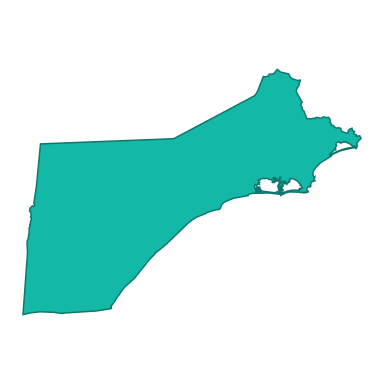 outline of Sveitarfélagið Hornafjörðu, Austurland, Iceland
{"feature_id": "244011B97448762640394", "entity_name": "Sveitarfélagið Hornafjörðu", "entity_type": "district", "adm_level": 2, "iso_a3": "ISL", "parent_name": "Iceland", "parent_adm1": "Austurland", "projection": "albers", "projection_center": [-15.406, 64.234], "detail": "fine", "context": "isolated", "style": "filled", "palette": "teal", "viewbox_px": 384, "rotation_deg": 0, "n_neighbors": 0, "source": "geoboundaries", "source_scale": "gbopen_adm2", "svg_char_len": 6061}
<svg xmlns="http://www.w3.org/2000/svg" viewBox="0 0 384 384"><path d="M40.5,143.9L36.4,186.4L33.8,203.5L34.5,204.7L34.6,205.7L33.9,206.4L32.3,205.8L30.9,207.7L30.1,208.0L30.2,208.4L29.8,208.9L29.9,209.8L29.4,210.8L30.6,211.9L30.5,212.3L31.2,214.0L31.2,215.2L30.5,216.9L31.2,217.5L31.4,219.4L30.4,221.4L30.6,222.4L30.2,223.4L30.1,224.3L29.6,224.8L30.1,226.3L29.3,227.5L29.5,227.7L29.1,228.5L29.2,232.7L28.8,233.6L28.9,234.2L28.6,234.9L28.3,238.2L27.2,240.9L27.0,242.6L27.5,252.9L23.0,314.6L31.6,312.7L40.4,311.8L53.6,312.3L62.1,313.5L66.0,312.9L96.0,311.0L110.8,308.7L111.1,308.0L111.4,308.1L111.3,307.2L110.9,307.1L111.1,306.2L114.9,301.2L116.9,297.6L119.7,293.9L122.4,289.9L124.8,287.0L134.6,278.1L149.3,259.7L154.2,254.7L155.2,253.2L164.7,245.6L165.7,244.3L166.4,244.1L188.4,222.9L192.1,220.0L196.5,217.2L206.4,213.2L206.9,212.5L214.9,210.1L219.6,209.3L220.2,208.6L221.6,204.9L223.3,202.9L225.7,201.5L233.7,198.2L248.1,195.6L248.0,195.0L249.5,193.9L253.7,193.3L268.5,193.0L279.5,194.2L280.9,194.9L280.9,195.3L281.8,194.8L280.7,194.7L279.0,193.3L278.2,192.1L277.2,191.6L276.3,192.3L274.6,192.7L264.0,191.4L263.3,191.7L262.9,191.6L263.3,191.5L263.1,191.3L261.5,190.8L261.0,190.0L260.0,191.0L260.5,191.8L259.1,191.7L259.0,191.1L258.5,190.9L257.4,191.2L257.2,191.5L257.3,192.1L256.1,192.1L254.4,186.1L255.4,185.1L255.0,184.8L255.2,184.4L256.6,185.8L257.1,184.7L258.1,184.3L257.7,184.1L257.8,183.7L258.5,183.1L258.7,183.9L259.3,184.2L259.0,183.3L259.6,182.8L258.8,182.4L259.1,181.3L258.3,180.7L258.5,180.6L258.4,180.2L259.5,180.7L260.8,178.7L267.9,178.4L268.7,179.4L271.6,179.7L272.4,181.0L272.2,182.3L272.9,182.7L274.0,182.3L274.5,181.7L274.6,181.0L273.0,178.0L274.1,177.8L275.1,178.8L275.0,179.5L275.3,179.6L275.7,179.2L275.4,177.6L275.7,177.7L276.0,178.3L276.1,179.4L275.4,180.8L275.5,181.2L275.4,181.6L276.6,180.6L276.9,181.1L277.5,180.9L277.3,180.4L277.5,180.0L278.6,179.5L280.1,177.7L279.9,177.3L280.6,177.2L279.4,179.1L279.9,179.3L279.0,179.6L278.4,180.6L279.1,181.3L279.8,181.3L279.1,181.8L279.3,182.2L279.9,182.3L279.0,183.1L279.2,184.0L278.5,184.7L279.4,185.2L277.8,186.0L277.9,186.4L278.2,186.2L278.5,186.7L278.1,187.2L278.5,188.1L278.4,189.5L279.2,189.6L279.0,190.8L278.8,191.2L279.0,191.3L278.8,192.0L281.2,190.3L279.5,189.9L280.1,189.5L281.2,189.9L281.3,189.6L281.0,189.3L281.2,188.8L280.9,188.8L281.2,188.1L280.7,188.4L279.8,187.9L280.2,187.6L280.0,187.2L280.3,186.8L280.7,187.1L280.9,186.6L281.4,187.1L281.0,187.7L281.4,187.8L282.2,187.0L281.7,186.5L281.8,186.2L282.4,186.0L282.6,186.6L283.1,186.0L282.8,185.6L282.9,185.3L282.7,184.9L283.0,184.8L281.9,184.3L282.0,183.5L280.1,183.0L280.8,182.0L281.9,181.3L282.1,181.4L281.9,181.7L282.6,181.8L282.9,182.1L282.8,182.4L283.3,182.5L284.2,181.1L284.9,180.9L285.0,181.3L284.4,181.7L284.1,182.8L285.1,182.3L285.0,182.7L285.2,183.0L284.9,183.3L285.9,183.3L286.1,183.9L286.3,183.4L287.0,183.2L287.2,182.4L287.4,183.3L287.0,183.9L287.2,184.0L288.2,182.5L288.9,182.3L289.1,181.7L289.5,181.9L289.6,181.4L289.2,181.0L289.8,180.3L289.5,180.3L289.8,179.8L289.6,179.2L290.0,178.5L293.6,178.9L297.2,180.9L299.0,182.6L299.1,183.3L300.1,184.3L300.3,184.8L300.2,185.1L300.6,185.1L302.4,188.0L301.8,188.5L301.1,188.4L301.1,189.0L300.6,189.4L300.2,188.6L299.6,188.4L299.0,189.3L299.6,190.0L299.4,190.4L293.4,190.1L291.9,190.5L291.1,190.2L290.9,190.6L287.7,191.0L285.0,192.1L283.0,192.1L281.2,193.4L280.9,193.8L281.1,194.1L282.6,193.1L283.7,193.3L284.0,193.9L285.0,193.1L289.9,191.9L300.0,192.2L300.8,192.7L302.3,192.2L303.3,192.9L303.9,192.4L304.9,192.8L305.0,192.4L304.8,192.2L305.1,192.1L305.7,192.6L307.9,192.2L308.3,191.2L306.9,190.6L306.7,190.1L306.9,188.9L307.4,187.6L309.1,186.1L310.1,186.1L310.2,186.3L310.1,186.9L310.5,186.7L310.8,186.2L310.6,184.4L310.9,184.0L310.8,183.3L311.3,182.1L312.5,181.3L313.1,181.6L313.4,181.1L315.0,180.8L313.8,178.8L314.6,177.3L314.9,177.4L314.9,176.6L314.4,177.1L313.5,176.5L312.9,173.8L313.2,171.9L314.1,169.8L316.2,167.1L320.6,162.7L329.4,157.2L329.9,156.7L329.6,156.1L330.8,155.1L330.7,154.4L329.9,154.1L330.1,153.8L330.9,153.6L331.1,152.8L333.2,151.2L334.0,149.9L335.7,149.9L335.7,148.9L335.2,148.1L335.6,147.1L336.3,146.4L336.3,145.8L336.6,145.4L336.5,144.9L335.9,144.6L336.3,142.7L338.5,141.6L338.9,141.7L339.4,142.5L340.4,142.6L340.8,143.1L343.2,142.1L344.8,142.2L345.7,141.6L346.8,142.6L349.7,143.7L352.2,145.9L354.1,146.2L355.0,147.1L348.4,147.9L342.4,149.5L336.2,151.9L331.9,154.1L330.4,156.5L330.3,157.1L331.7,155.2L333.8,153.7L341.3,150.5L352.8,147.9L355.4,147.6L355.7,148.5L356.2,148.5L357.4,145.7L357.1,145.5L357.1,144.5L356.7,144.0L356.9,143.5L358.5,140.8L360.8,138.9L360.7,138.6L361.0,137.9L359.7,136.3L359.7,135.8L356.4,136.2L356.1,134.7L353.9,133.8L353.7,133.3L353.8,132.7L354.6,131.7L352.5,130.5L352.0,128.2L349.2,129.4L348.1,131.1L348.0,133.0L345.9,133.0L342.0,131.4L341.4,130.8L340.7,128.3L338.7,127.7L336.3,128.1L334.0,126.8L333.8,125.7L331.0,124.9L331.2,124.0L330.9,123.0L329.9,122.3L330.3,120.7L330.1,119.4L328.6,117.4L326.0,117.6L323.5,116.8L321.1,118.4L316.5,117.3L315.5,117.8L315.2,118.7L313.3,118.2L311.4,118.9L309.8,118.6L307.2,118.9L306.6,118.5L306.6,117.5L306.1,116.9L305.8,115.3L304.9,114.2L304.3,111.6L302.2,109.4L302.4,108.0L301.1,105.8L301.1,103.4L302.2,102.4L296.3,91.8L296.3,90.4L297.0,88.4L299.0,85.3L299.5,82.6L300.0,81.7L300.2,80.1L297.6,80.5L292.9,79.0L290.3,77.2L288.6,73.9L280.7,72.1L277.2,69.4L273.6,73.9L269.1,74.2L268.8,75.5L268.5,75.9L265.3,76.9L263.3,76.5L257.5,91.5L254.8,95.6L173.8,138.7L40.5,143.9ZM259.2,190.4L260.0,190.0L260.4,189.0L259.9,188.1L259.0,188.7L258.3,190.0L259.2,190.4ZM258.5,188.4L259.5,188.0L259.8,187.3L259.2,186.9L258.3,187.5L258.5,188.4ZM257.2,190.2L257.5,189.6L257.5,189.0L256.8,188.4L256.1,188.7L256.2,189.2L257.2,190.2ZM281.6,192.3L279.9,191.8L280.1,192.2L279.6,192.4L280.4,193.0L281.6,192.3ZM283.1,189.6L282.0,188.8L282.0,189.3L281.6,189.4L281.8,189.7L281.6,189.9L281.6,190.0L282.2,189.9L281.7,190.5L281.9,190.7L283.1,190.0L283.1,189.6ZM257.2,188.1L257.4,187.4L257.3,187.1L256.0,188.1L257.2,188.1ZM257.8,190.7L256.7,190.6L256.3,191.2L257.8,190.7Z" fill="#14b8a6" stroke="#0f766e" stroke-width="1.5"/></svg>